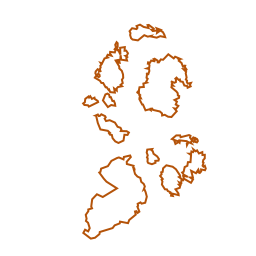 Finnøy nor, Rogaland, Norway (orthographic projection), rotated 163°
{"feature_id": "86288312B27050334738576", "entity_name": "Finnøy nor", "entity_type": "district", "adm_level": 2, "iso_a3": "NOR", "parent_name": "Norway", "parent_adm1": "Rogaland", "projection": "orthographic", "projection_center": [5.856, 59.199], "detail": "fine", "context": "isolated", "style": "outline", "palette": "amber", "viewbox_px": 256, "rotation_deg": 163, "n_neighbors": 0, "source": "geoboundaries", "source_scale": "gbopen_adm2", "svg_char_len": 5758}
<svg xmlns="http://www.w3.org/2000/svg" viewBox="0 0 256 256"><g transform="rotate(163 128 128)"><path d="M201.4,40.7L195.9,33.1L191.6,32.7L186.3,34.9L185.4,36.8L172.0,36.8L169.2,38.8L163.8,39.2L163.0,40.8L155.8,37.0L153.7,39.7L145.9,42.9L145.7,46.1L144.3,46.0L143.6,44.0L141.6,44.7L142.0,50.1L141.1,50.6L140.9,52.7L137.8,53.2L137.1,51.7L133.4,51.5L130.1,56.8L129.9,61.5L130.3,65.0L130.8,64.8L129.0,67.2L129.3,69.9L131.1,72.7L130.8,76.7L133.2,78.8L134.7,82.0L134.6,86.7L133.9,86.5L133.8,87.7L134.6,88.7L133.7,90.2L139.6,93.9L139.1,96.1L133.8,99.4L134.0,101.1L140.4,101.5L141.5,99.3L145.3,102.5L147.3,102.5L153.5,101.4L158.4,97.4L165.6,97.0L167.2,94.1L168.5,93.8L166.0,86.7L164.3,83.0L156.2,73.5L172.3,69.4L177.1,73.7L183.1,70.3L186.1,63.7L185.9,61.7L189.8,61.7L190.3,60.0L193.8,57.3L194.1,53.4L195.4,51.4L193.9,49.1L193.9,43.4L196.3,40.8L198.8,43.3L201.4,40.7ZM83.2,125.8L76.5,129.8L77.9,133.1L76.4,132.3L73.4,134.4L75.5,136.5L73.5,138.9L75.3,141.2L70.4,141.9L69.7,143.6L70.8,144.6L70.3,146.8L71.0,148.7L74.6,154.2L73.7,155.9L72.4,155.3L73.3,157.2L72.0,158.3L73.3,160.1L70.4,157.7L68.8,157.9L67.9,160.5L68.3,161.3L66.9,162.0L65.5,159.2L64.2,159.2L64.4,157.3L62.1,156.1L61.7,152.2L59.0,150.7L59.2,149.1L55.9,149.5L56.2,151.1L54.6,152.7L57.9,153.0L58.3,154.9L57.7,156.1L58.5,157.5L57.2,159.1L56.8,163.5L56.0,164.7L57.8,168.1L56.4,167.6L56.0,165.9L54.9,166.8L55.9,169.7L55.1,170.8L55.8,171.1L56.8,170.3L57.5,170.5L57.8,174.6L59.7,177.3L59.1,177.6L59.5,178.8L57.7,178.7L62.1,182.4L63.9,181.2L67.9,186.7L74.5,183.0L76.6,184.0L79.3,181.7L80.4,182.1L80.0,183.8L82.3,186.5L83.3,186.4L82.6,185.1L83.2,184.1L86.1,185.7L87.9,184.0L89.6,184.9L90.2,183.7L89.2,183.2L89.1,181.7L90.1,179.5L92.5,179.4L90.6,178.3L90.9,176.3L92.8,173.6L94.5,175.0L94.0,174.0L95.6,170.6L94.8,169.3L97.3,166.7L96.6,165.9L100.3,166.0L100.9,162.6L105.1,163.6L106.7,160.6L108.7,159.4L108.3,158.2L108.1,159.5L106.9,159.6L107.6,157.6L106.8,156.1L107.5,155.9L107.0,152.7L108.2,153.4L108.7,152.3L107.6,146.3L106.8,146.0L106.1,139.8L102.2,139.6L101.0,138.3L100.7,139.8L99.2,139.5L98.8,138.0L92.7,134.5L91.2,132.0L91.7,130.0L89.0,129.9L86.4,127.1L83.2,125.8ZM134.5,167.5L130.2,165.7L129.7,169.8L127.8,167.1L127.3,169.1L125.7,170.1L121.5,169.7L122.5,171.4L119.9,172.5L119.7,175.9L117.9,177.4L117.1,180.7L117.2,184.5L118.9,187.5L118.4,189.4L120.1,196.2L118.0,196.0L118.6,193.7L116.9,192.8L116.7,195.0L117.7,195.7L115.3,195.7L113.8,199.8L114.5,195.3L109.2,192.8L109.2,195.4L108.0,196.0L109.3,197.7L107.9,197.6L106.2,199.5L107.1,202.5L108.7,202.9L107.4,206.3L112.1,207.0L113.8,200.4L114.5,205.2L115.6,204.7L115.0,205.5L115.5,208.0L114.2,208.5L113.1,212.1L113.8,213.4L115.9,211.3L116.0,206.2L116.7,207.6L116.2,208.0L117.0,207.8L117.8,207.2L117.1,206.2L118.5,204.1L122.8,206.0L123.4,204.6L122.7,202.0L126.0,204.0L127.4,202.6L126.6,201.3L130.1,201.4L133.9,197.4L135.2,198.3L134.7,196.6L136.3,195.6L136.4,194.0L137.7,192.6L137.7,190.4L139.2,190.4L138.6,191.7L139.8,193.1L142.4,191.5L143.2,189.9L142.7,187.3L140.6,188.6L139.7,187.4L139.9,185.8L141.1,185.2L143.0,187.4L145.0,185.8L141.0,181.4L140.3,178.9L138.6,178.3L137.5,173.5L136.5,173.3L135.4,170.0L134.8,170.3L134.5,167.5ZM105.3,52.6L99.2,49.0L98.9,50.7L100.5,55.5L96.0,55.7L95.1,57.2L95.9,58.9L94.4,58.6L94.9,60.9L92.8,58.8L93.7,60.5L92.9,60.5L92.0,62.9L89.9,61.4L93.6,66.2L92.3,66.4L92.2,67.7L94.2,74.5L96.6,77.9L102.2,81.1L106.2,79.2L107.7,75.9L109.2,75.9L109.4,73.9L111.3,72.8L109.7,69.1L111.0,68.7L110.7,66.8L112.1,64.0L110.6,58.6L108.7,57.9L108.4,56.2L106.1,54.0L106.2,52.9L107.3,54.1L105.7,52.1L106.6,50.7L105.0,49.9L105.3,52.6ZM89.2,63.0L83.8,57.2L80.9,59.8L82.9,62.4L80.4,61.7L80.1,68.6L76.2,64.9L72.9,67.7L72.8,65.8L73.7,65.0L72.5,64.0L70.7,65.1L70.2,67.0L66.7,65.1L65.5,66.5L65.6,69.4L67.1,68.9L67.7,70.1L65.9,72.8L66.4,73.5L65.4,75.4L63.5,76.5L62.4,79.9L64.7,80.4L64.0,83.2L67.6,82.9L68.5,86.4L70.0,85.9L71.7,88.4L71.6,87.0L72.8,85.9L74.2,87.0L75.2,84.9L77.0,85.5L75.6,83.7L78.2,77.1L80.7,77.8L82.3,74.5L85.2,74.1L87.6,69.9L89.2,69.6L88.4,67.1L85.1,63.8L88.8,66.2L89.3,66.1L89.2,63.0ZM141.5,116.5L136.0,117.3L133.4,122.6L130.5,121.5L128.5,123.4L130.2,125.3L135.8,127.2L134.8,128.4L135.1,130.4L137.6,132.2L138.9,137.0L143.2,140.8L147.0,141.1L147.6,143.8L146.2,144.7L146.4,146.0L149.5,148.9L151.5,147.8L152.5,148.0L152.9,149.7L155.4,149.4L154.9,149.1L155.4,141.7L154.8,134.7L148.1,131.2L146.7,128.7L147.7,128.5L147.2,126.9L145.5,126.1L145.7,122.7L144.1,118.9L141.5,116.5ZM70.3,206.4L65.9,204.0L66.0,206.7L66.6,209.5L68.1,211.2L67.5,211.9L71.4,214.9L71.1,212.9L69.1,211.6L72.4,210.5L71.3,212.7L76.0,213.5L76.7,214.9L75.0,214.3L74.3,215.4L78.0,220.5L79.2,220.7L79.1,217.6L83.5,220.1L86.3,223.3L90.0,223.0L89.7,221.0L90.9,220.1L94.9,222.2L98.2,220.1L97.9,218.0L98.8,216.3L98.8,213.0L97.8,211.3L92.9,208.9L85.3,212.0L82.4,209.6L79.1,209.3L79.7,209.0L74.1,206.0L70.3,206.4ZM66.3,94.1L65.0,95.1L65.0,96.4L66.3,97.4L65.7,97.8L66.8,98.7L66.4,97.5L68.3,96.4L67.1,99.0L68.9,99.5L69.1,99.4L70.1,97.8L70.5,97.6L71.5,100.7L70.5,102.3L71.7,103.4L80.4,103.8L80.3,105.7L84.0,106.8L89.2,104.6L86.0,102.1L87.4,101.7L87.3,98.9L83.6,99.8L83.0,98.8L82.4,99.9L84.0,100.8L82.7,101.3L75.6,98.2L74.9,96.9L76.3,96.0L76.6,94.4L74.3,96.8L71.9,94.8L72.3,95.9L70.7,96.9L66.3,94.1ZM115.7,86.4L111.9,86.7L111.5,88.6L108.4,87.9L107.5,89.3L108.4,92.3L111.1,95.9L111.1,98.6L112.0,99.9L111.0,100.8L115.9,101.7L117.3,99.0L117.1,96.1L118.5,94.2L118.0,93.3L119.2,90.1L118.9,88.6L115.7,86.4ZM137.4,154.9L133.7,153.0L133.3,155.3L133.6,158.1L135.0,158.4L135.4,162.6L136.5,162.9L136.3,165.4L137.6,166.9L139.8,166.7L143.9,161.7L141.1,153.9L137.4,154.9ZM159.2,159.9L149.0,161.5L149.0,162.7L151.3,165.5L151.2,166.8L154.0,166.4L154.8,169.4L156.3,168.5L156.5,169.7L160.3,168.4L161.8,165.2L163.7,164.6L163.0,162.8L159.6,161.4L159.2,159.9Z" fill="none" stroke="#b45309" stroke-width="2"/></g></svg>